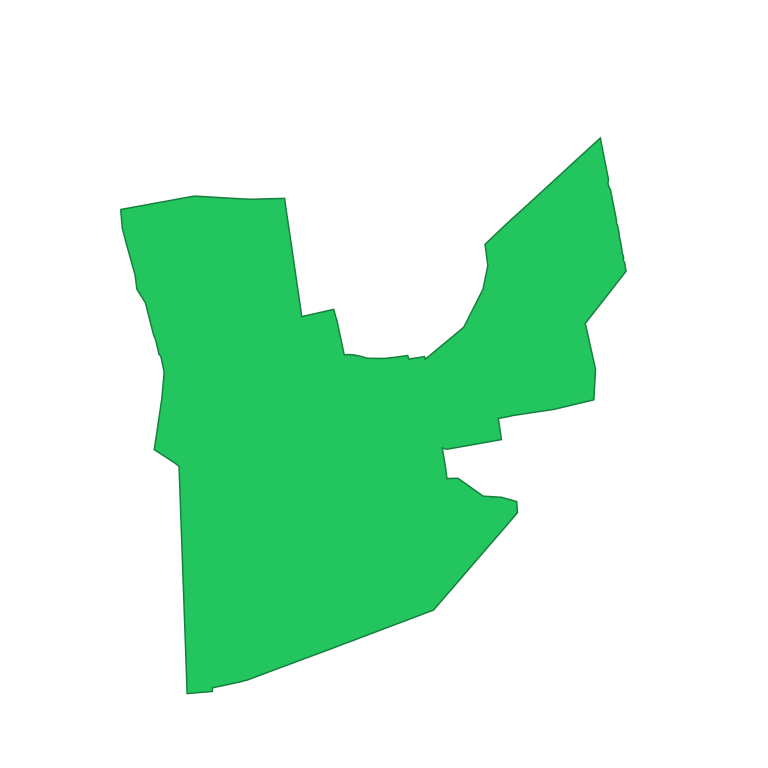 the district of Chiconcuac, México, Mexico, rotated 253°
{"feature_id": "50627088B68966073718312", "entity_name": "Chiconcuac", "entity_type": "district", "adm_level": 2, "iso_a3": "MEX", "parent_name": "Mexico", "parent_adm1": "México", "projection": "mercator", "projection_center": [-98.895, 19.553], "detail": "fine", "context": "isolated", "style": "filled", "palette": "green", "viewbox_px": 768, "rotation_deg": 253, "n_neighbors": 0, "source": "geoboundaries", "source_scale": "gbopen_adm2", "svg_char_len": 3039}
<svg xmlns="http://www.w3.org/2000/svg" viewBox="0 0 768 768"><g transform="rotate(253 384 384)"><path d="M421.0,648.4L428.8,649.5L430.3,649.6L432.3,649.0L434.3,650.0L437.8,650.3L438.6,650.1L441.7,650.4L443.0,650.8L450.1,651.7L450.8,651.8L453.9,652.0L457.1,652.3L460.1,653.0L466.8,653.7L469.8,653.4L472.5,654.2L488.1,655.8L503.8,657.4L506.4,656.7L510.6,656.9L513.9,658.5L529.0,660.0L544.1,661.6L556.0,662.8L549.1,648.3L542.2,633.7L535.2,619.2L528.2,604.6L521.3,590.1L514.3,575.5L507.4,560.9L507.2,560.5L505.0,555.6L499.4,544.1L488.0,521.4L485.2,521.0L479.4,520.0L470.6,518.5L466.9,517.9L465.1,516.9L463.0,515.8L458.1,513.1L445.7,506.4L415.0,476.9L414.6,476.0L408.1,460.5L402.2,446.4L399.6,440.2L397.6,435.5L395.8,431.2L395.6,430.5L398.4,430.8L399.3,423.9L400.0,419.4L400.6,415.1L404.3,415.0L404.4,414.6L406.4,401.8L407.0,399.1L408.0,393.7L408.2,392.3L410.8,384.0L413.5,375.6L414.8,373.6L417.2,370.0L419.4,365.9L420.5,364.0L421.2,362.1L422.5,358.9L422.8,357.6L423.5,354.5L429.2,355.0L436.8,355.7L444.6,356.3L453.2,357.1L459.4,357.6L462.2,357.5L470.1,357.7L472.5,325.0L473.4,325.2L475.2,325.5L499.9,329.3L503.1,329.8L504.1,329.9L507.0,330.4L525.4,333.2L528.0,333.6L541.7,335.7L548.1,336.7L555.4,337.8L570.8,340.1L575.5,340.8L587.9,342.7L590.6,343.2L591.9,338.3L592.4,336.7L599.2,312.1L601.9,304.1L611.7,277.7L613.3,273.4L617.7,261.6L619.1,257.7L620.6,245.7L620.9,243.2L622.1,232.3L622.6,228.1L623.1,224.3L625.1,206.7L626.1,198.4L627.0,190.4L627.6,185.4L627.8,183.4L626.0,182.8L610.5,179.5L610.2,179.5L608.7,179.2L592.8,178.6L592.1,178.6L591.7,178.6L576.4,178.2L561.1,177.8L560.4,177.7L546.9,175.4L534.2,178.8L532.0,179.5L531.0,179.5L530.0,179.5L529.5,179.5L498.4,178.0L492.2,178.5L490.6,178.4L483.7,177.9L478.1,177.5L476.8,178.2L475.9,178.7L459.6,177.2L457.7,176.5L449.4,173.1L444.4,171.1L434.8,167.2L389.4,145.6L389.0,145.4L388.4,145.1L369.3,161.1L365.1,163.9L212.7,123.2L191.3,117.5L165.2,110.5L162.3,109.7L154.1,107.5L145.5,105.2L140.3,129.4L140.2,129.9L143.6,131.2L142.1,148.1L141.2,158.8L140.9,167.0L140.9,167.4L141.3,173.1L141.6,178.8L142.4,191.3L142.9,200.0L143.1,203.0L144.6,227.6L145.0,234.9L145.1,236.9L146.3,257.2L146.6,260.7L146.6,261.4L146.7,263.0L146.9,265.4L147.1,268.5L148.0,282.9L148.6,291.7L148.7,293.5L149.0,298.7L149.5,306.1L150.0,313.4L150.0,313.9L150.1,314.9L150.7,324.2L151.0,329.3L151.5,337.4L151.6,339.0L152.1,345.7L152.3,349.7L153.0,360.0L153.3,365.2L153.8,366.1L159.1,374.4L159.6,375.3L160.8,377.2L162.8,380.3L165.4,384.4L172.4,395.6L179.5,406.8L179.7,407.1L194.6,430.7L212.1,458.6L222.0,474.1L232.8,476.5L235.9,471.7L241.0,463.7L241.3,463.2L245.4,452.4L247.8,446.0L251.7,443.0L260.0,436.6L272.2,427.2L275.2,416.5L276.5,416.8L287.4,418.6L288.8,418.8L297.6,419.9L305.8,421.0L303.2,424.9L300.9,443.8L298.6,462.7L296.5,480.0L297.6,480.2L308.3,481.9L315.7,483.0L317.6,483.3L316.5,493.3L316.2,497.7L313.2,518.1L310.1,538.5L308.8,559.3L307.5,580.1L321.8,585.3L336.2,590.6L351.8,591.8L367.4,593.0L383.1,594.2L392.6,607.8L402.0,621.3L411.5,634.8L421.0,648.4Z" fill="#22c55e" stroke="#15803d" stroke-width="1.5"/></g></svg>